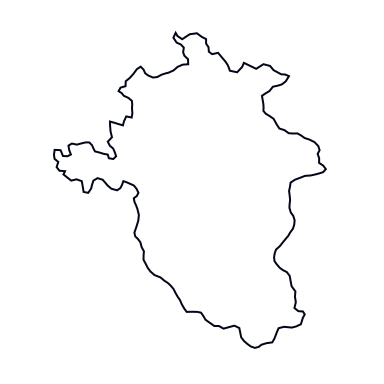 Botelhos, Minas Gerais, Brazil (Albers equal-area conic projection), rotated 86°
{"feature_id": "56859067B45420528650981", "entity_name": "Botelhos", "entity_type": "district", "adm_level": 2, "iso_a3": "BRA", "parent_name": "Brazil", "parent_adm1": "Minas Gerais", "projection": "albers", "projection_center": [-46.427, -21.65], "detail": "fine", "context": "isolated", "style": "outline", "palette": "ink", "viewbox_px": 384, "rotation_deg": 86, "n_neighbors": 0, "source": "geoboundaries", "source_scale": "gbopen_adm2", "svg_char_len": 3181}
<svg xmlns="http://www.w3.org/2000/svg" viewBox="0 0 384 384"><g transform="rotate(86 192 192)"><path d="M243.5,246.1L247.8,244.1L251.8,244.7L256.2,245.1L260.6,243.1L264.5,241.5L268.4,239.0L272.2,235.3L275.0,229.4L278.6,225.7L281.0,222.5L283.8,219.9L287.3,217.3L291.5,215.5L295.5,213.6L298.8,211.6L303.3,210.0L307.9,207.8L311.2,205.7L311.5,199.9L312.0,194.9L313.0,191.4L316.2,189.5L320.4,187.4L323.7,183.4L327.2,179.1L327.6,174.4L330.5,170.1L329.2,163.7L328.3,159.0L331.0,154.3L336.2,153.6L340.3,153.1L344.1,150.7L347.6,147.2L350.2,144.1L351.9,140.1L351.2,136.3L349.2,133.4L348.0,128.2L347.6,122.4L343.8,119.9L338.1,117.3L333.9,115.1L332.9,109.5L333.6,105.5L334.2,101.8L333.4,97.5L331.5,92.6L325.5,90.3L322.0,88.1L318.9,89.7L318.3,94.2L314.9,97.9L309.1,96.1L303.7,96.6L298.4,95.8L293.0,99.2L288.1,99.8L282.5,100.4L278.5,103.0L276.3,106.7L273.7,109.8L269.9,112.6L266.8,114.5L263.0,114.7L259.0,113.8L255.3,112.2L252.1,108.1L249.0,105.3L245.4,101.9L242.3,98.9L239.5,97.1L235.7,93.9L231.7,92.3L227.4,91.6L223.0,92.6L219.3,94.9L214.6,95.9L211.1,95.5L206.9,94.7L202.6,94.8L197.8,95.1L193.6,93.9L189.5,93.0L186.9,88.4L185.5,83.6L183.8,78.1L183.8,72.6L183.1,67.7L182.2,63.2L181.3,59.7L178.5,56.9L174.9,59.2L171.8,63.2L167.2,62.8L162.8,64.0L159.2,61.8L155.0,62.8L150.8,66.3L147.9,71.2L146.0,75.9L143.0,79.5L140.9,82.8L140.7,87.3L140.1,91.4L136.7,95.5L134.8,100.4L130.3,102.9L124.7,105.5L121.4,109.6L119.1,112.9L116.1,115.1L112.7,114.7L108.9,114.7L105.0,115.1L100.9,115.5L98.5,111.3L96.8,107.8L92.6,103.9L91.9,98.9L90.9,94.8L88.2,90.8L83.2,87.2L81.3,90.8L80.8,94.8L76.1,102.2L71.7,105.3L69.5,111.8L73.6,119.4L66.8,131.2L70.7,133.2L75.7,138.6L73.7,145.7L68.3,147.3L64.6,149.3L55.0,156.3L55.9,162.3L53.2,165.4L48.8,165.4L44.9,167.6L40.4,167.3L37.9,171.5L34.0,176.0L34.5,183.3L38.9,191.1L35.4,195.6L32.1,197.2L36.8,199.8L41.9,196.9L44.1,192.8L47.4,190.1L52.1,191.1L55.5,190.1L59.2,186.7L64.3,186.9L64.3,192.3L66.1,197.5L69.4,201.9L71.3,206.9L71.9,210.4L72.9,214.3L74.9,218.6L75.1,222.9L72.7,227.6L70.3,230.4L66.5,231.8L63.4,234.5L65.6,238.4L70.3,242.4L73.8,246.0L76.9,250.4L81.8,250.9L82.9,256.0L86.3,258.2L88.5,255.2L91.3,253.3L93.6,249.0L96.9,245.6L100.5,245.5L104.0,246.0L109.3,246.0L113.5,247.0L112.0,252.3L116.9,255.0L120.7,256.2L118.7,261.6L117.3,265.2L116.0,268.9L120.3,269.1L126.1,269.0L131.8,268.0L135.9,272.5L140.2,270.7L143.1,267.6L147.5,266.1L151.1,265.2L153.6,268.2L152.5,272.6L148.8,273.4L147.7,277.7L146.2,281.5L144.7,286.0L141.6,287.3L138.3,288.5L135.4,291.0L135.1,294.6L135.8,298.8L136.7,303.6L135.3,308.5L137.1,312.0L141.5,311.6L146.2,310.2L147.6,313.7L147.1,318.2L141.1,320.2L140.4,326.1L145.3,327.1L149.3,326.8L152.7,323.3L157.7,325.3L161.5,322.8L162.4,317.2L165.5,319.0L169.3,314.9L172.2,311.7L171.3,306.3L173.5,301.2L179.1,300.6L184.4,300.1L185.6,295.6L181.6,292.4L178.4,291.4L173.8,289.6L171.6,285.3L173.5,280.3L176.6,277.9L179.6,275.8L183.1,272.2L185.1,266.6L183.1,263.2L180.0,261.3L176.4,259.7L177.8,256.4L179.8,252.6L181.5,249.5L185.1,247.0L189.1,245.5L192.2,247.4L194.2,250.5L197.8,250.1L201.5,248.7L205.3,247.6L211.3,246.6L216.9,247.6L223.4,250.1L228.5,252.3L232.4,251.7L235.1,249.2L238.6,247.0L243.5,246.1Z" fill="none" stroke="#020617" stroke-width="2"/></g></svg>